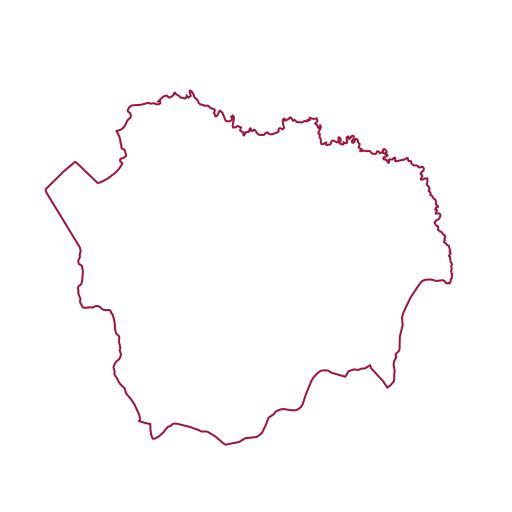 Gemena, Équateur, Democratic Republic of the Congo, rotated 77°
{"feature_id": "63176286B43464771754704", "entity_name": "Gemena", "entity_type": "district", "adm_level": 2, "iso_a3": "COD", "parent_name": "Democratic Republic of the Congo", "parent_adm1": "Équateur", "projection": "mercator", "projection_center": [19.592, 3.435], "detail": "fine", "context": "isolated", "style": "outline", "palette": "rose", "viewbox_px": 512, "rotation_deg": 77, "n_neighbors": 0, "source": "geoboundaries", "source_scale": "gbopen_adm2", "svg_char_len": 6011}
<svg xmlns="http://www.w3.org/2000/svg" viewBox="0 0 512 512"><g transform="rotate(77 256 256)"><path d="M179.9,121.0L179.2,122.0L178.6,125.3L177.5,127.2L177.6,129.7L176.9,130.8L175.7,129.1L174.0,131.1L173.0,131.5L170.3,129.8L167.9,131.1L166.4,130.7L164.5,131.6L164.3,132.2L164.7,132.9L167.3,134.9L167.6,135.8L167.1,136.7L165.8,136.9L163.8,134.6L161.3,133.8L160.6,134.5L160.6,135.7L162.9,138.4L162.5,139.2L160.4,139.0L160.5,140.4L161.4,141.3L165.6,141.5L166.5,142.4L166.2,143.6L164.9,145.1L166.8,145.9L166.9,146.6L165.1,149.2L163.9,149.1L162.7,147.4L160.9,147.3L159.6,147.8L159.0,148.5L159.2,149.0L162.8,149.9L163.5,150.5L163.6,151.5L161.0,154.6L160.7,155.7L161.4,156.8L163.5,157.9L164.0,158.9L163.7,162.2L162.9,162.7L161.3,162.1L161.3,163.3L162.2,165.7L161.6,167.1L159.6,167.2L156.7,166.6L154.9,167.3L151.4,166.5L150.6,167.6L149.4,167.3L145.8,164.2L144.3,163.7L143.3,164.1L145.3,165.3L145.5,166.0L144.8,166.7L142.3,166.9L140.4,168.4L139.8,168.0L139.3,166.6L137.8,165.7L135.6,165.9L135.5,168.7L133.6,172.5L135.5,172.9L135.7,173.4L134.9,174.6L135.1,175.4L136.1,175.4L136.3,176.0L135.4,178.3L136.2,181.2L134.7,186.0L132.1,187.8L132.7,189.0L132.3,189.6L130.0,190.3L128.6,191.3L129.8,193.6L130.6,196.3L130.4,197.4L128.6,197.3L128.6,198.2L129.7,199.4L132.2,199.9L137.5,199.8L138.6,201.4L136.9,203.7L136.9,204.7L138.2,205.9L139.8,206.0L140.4,207.5L141.0,212.9L140.5,215.1L139.9,216.0L138.1,217.0L138.4,219.3L139.7,220.6L139.7,221.8L138.6,225.7L137.2,227.0L133.0,228.8L132.5,229.6L133.3,231.6L133.0,232.3L130.7,232.5L130.3,233.0L131.0,233.8L132.6,234.2L133.4,235.3L133.1,237.9L135.8,240.5L135.3,241.1L132.6,240.4L131.5,242.1L129.9,243.2L127.4,241.7L125.2,244.7L126.0,247.1L125.6,249.5L123.8,249.5L116.4,246.3L114.8,246.4L113.9,247.2L114.9,248.9L117.3,248.0L118.8,250.8L118.3,253.8L117.5,255.1L108.9,256.5L107.3,257.6L106.3,258.8L110.5,262.2L110.9,263.4L110.6,264.3L108.1,264.3L107.3,264.8L104.8,263.3L103.8,263.5L101.7,266.8L98.7,269.0L97.9,272.6L96.8,273.7L95.7,276.3L94.1,277.3L89.9,278.4L87.7,280.2L83.6,280.7L81.0,281.9L80.0,282.8L80.3,283.5L85.3,283.6L86.4,286.2L84.3,287.5L86.1,288.5L86.6,289.5L84.6,293.8L82.8,294.9L80.3,297.5L78.6,298.3L78.8,299.1L80.2,299.7L81.1,301.0L82.1,304.0L81.8,305.4L79.6,306.8L79.6,309.3L80.2,311.1L83.4,316.5L84.0,314.6L85.7,315.0L86.3,316.5L85.6,319.5L84.2,320.8L83.8,324.8L82.5,326.2L82.8,333.7L81.4,342.7L81.9,344.7L82.7,346.3L85.2,348.3L86.6,348.1L88.6,346.4L90.8,346.3L93.0,347.2L94.9,350.8L98.9,353.8L100.6,355.6L102.3,358.5L103.0,363.7L109.1,362.3L114.0,362.2L114.4,362.6L118.0,362.2L119.6,362.8L121.0,362.6L123.1,360.1L129.1,359.9L129.8,360.8L130.7,363.5L130.8,365.9L131.9,366.9L133.1,367.0L135.9,365.4L139.8,369.3L142.7,373.2L146.8,382.2L148.1,386.1L149.4,392.1L149.1,394.0L127.0,408.4L123.8,410.7L123.7,411.4L130.3,424.3L143.5,445.8L145.8,446.3L148.4,445.5L208.0,425.7L211.4,425.7L215.8,427.7L217.5,427.8L220.5,430.3L223.7,430.5L226.2,427.9L232.0,428.1L240.6,430.8L244.1,432.5L245.5,435.6L247.0,436.8L250.7,436.9L251.9,437.6L258.5,436.7L261.0,437.9L267.1,436.3L268.0,434.5L268.7,428.8L269.5,427.0L268.7,423.2L269.1,421.6L270.3,419.8L273.7,417.4L274.9,415.1L275.6,411.1L276.5,410.1L279.3,409.8L280.3,409.0L284.8,408.6L290.0,408.8L294.9,409.7L299.2,409.8L300.5,409.5L303.2,407.6L304.4,407.5L308.9,408.8L315.1,408.8L317.0,410.1L320.1,409.7L322.5,410.0L325.7,412.4L327.7,416.4L330.8,419.1L332.6,419.9L336.2,419.7L337.7,419.9L338.9,420.5L340.5,420.4L343.4,419.0L347.7,418.1L350.7,416.9L355.5,413.7L360.4,413.6L368.2,409.7L373.8,407.7L383.9,405.6L386.6,405.5L389.8,406.0L390.5,407.0L393.5,402.1L396.0,396.8L401.5,397.9L406.1,398.3L409.0,398.1L410.9,397.5L411.2,395.5L409.7,390.8L407.0,385.9L402.6,380.4L402.4,377.5L401.1,375.2L400.9,373.1L402.0,370.0L407.8,358.6L413.0,350.7L414.7,348.7L415.8,343.9L416.7,342.4L422.4,336.4L431.0,330.1L433.0,328.1L433.4,314.1L431.3,308.1L431.2,306.7L432.4,297.0L432.1,294.6L429.6,289.9L422.8,284.4L416.4,280.2L414.2,274.4L411.7,271.3L411.0,265.9L411.3,263.5L414.2,256.5L415.2,252.0L414.9,249.8L413.4,246.3L411.0,243.9L402.7,239.0L390.4,230.3L386.9,227.0L384.0,222.5L382.6,219.1L382.4,217.4L383.4,212.6L384.0,211.4L386.6,208.9L393.7,196.2L389.1,191.7L388.5,186.1L390.1,181.9L389.4,179.3L390.0,175.3L388.2,169.4L391.2,169.1L406.1,160.6L413.7,157.6L412.3,154.1L409.2,150.0L407.5,149.1L403.6,148.3L398.9,146.7L392.8,146.4L389.6,145.1L386.2,142.1L383.8,142.3L382.6,141.5L380.8,138.3L379.1,137.1L367.0,134.0L356.2,128.6L348.8,127.6L344.3,125.1L334.6,117.5L331.2,114.7L323.8,106.9L318.9,101.4L317.7,99.4L317.2,96.6L318.2,91.0L321.0,85.6L321.5,79.6L322.7,78.0L325.3,76.8L325.7,75.8L325.6,74.6L326.3,73.7L324.8,72.2L322.6,71.5L321.7,70.1L320.0,70.0L318.9,69.1L314.9,69.3L311.9,68.1L309.9,68.1L308.4,67.0L307.2,67.0L305.4,67.7L300.4,67.2L299.7,67.8L298.8,67.7L297.4,65.9L296.0,65.8L295.4,66.4L293.9,65.7L289.5,65.8L288.2,67.5L286.5,68.0L285.3,69.4L284.2,69.6L283.1,68.4L281.3,68.6L280.3,67.2L278.2,67.5L276.8,68.9L274.0,70.0L273.6,71.2L271.3,72.8L270.5,72.3L268.2,71.9L266.7,73.7L263.4,74.4L261.8,72.4L261.4,70.0L260.8,69.1L258.3,67.3L256.9,67.1L255.7,68.0L255.2,71.2L254.4,71.2L252.7,69.6L251.7,69.5L251.2,69.9L251.1,70.8L250.7,70.8L249.4,69.6L249.0,67.6L248.2,67.6L246.9,68.7L245.6,69.1L244.1,68.3L241.3,68.7L239.9,70.0L236.9,71.1L235.7,72.4L234.3,71.7L232.9,72.0L231.9,73.1L231.1,73.1L229.9,71.9L227.6,72.0L225.8,73.2L223.9,73.3L221.5,71.9L219.0,71.7L218.4,73.7L219.1,76.8L218.5,78.1L217.5,77.9L215.7,75.9L214.8,75.9L213.4,77.1L212.3,76.9L210.3,73.6L208.5,72.8L207.3,73.1L206.6,73.8L206.5,76.9L205.9,77.7L204.6,78.2L203.7,79.5L203.4,81.7L201.0,83.8L198.6,83.7L198.1,84.2L197.9,85.8L196.6,86.3L195.0,86.1L194.5,87.1L195.4,89.6L195.2,98.1L194.6,99.0L191.8,98.3L191.3,99.2L192.7,101.7L191.9,104.2L192.2,105.0L194.8,105.3L194.9,106.1L191.1,107.7L190.9,109.4L189.9,110.1L188.8,109.7L187.7,105.2L186.9,105.3L185.1,107.8L184.6,105.8L184.1,105.3L182.3,105.6L180.6,106.9L180.7,107.9L181.9,108.7L183.7,108.8L183.3,110.6L183.7,112.1L181.8,113.0L181.3,114.3L183.3,116.0L183.5,117.0L182.1,120.1L179.9,121.0Z" fill="none" stroke="#9f1239" stroke-width="2"/></g></svg>